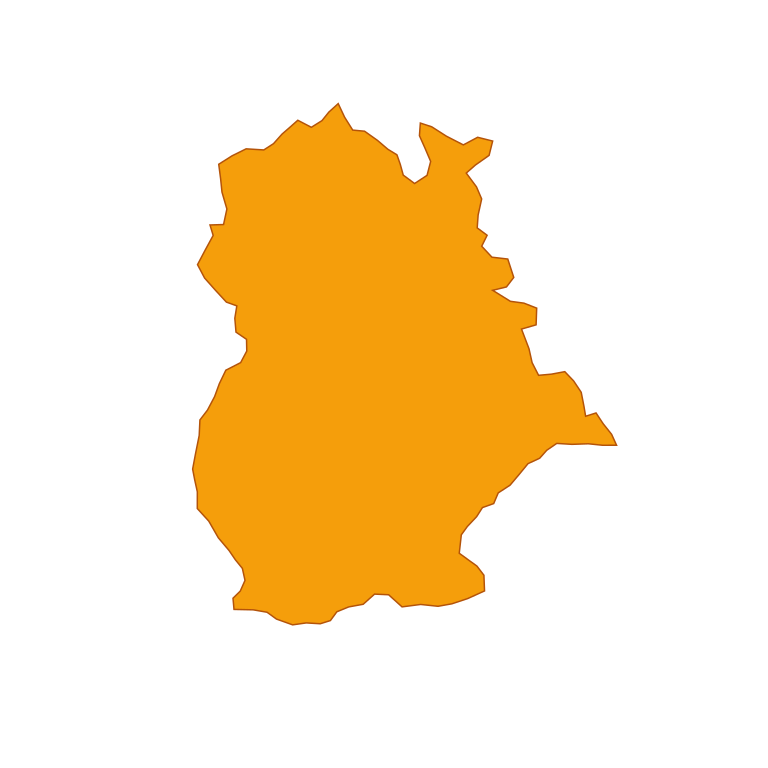 Paraí, Rio Grande do Sul, Brazil, rotated 113°
{"feature_id": "56859067B73323453228912", "entity_name": "Paraí", "entity_type": "district", "adm_level": 2, "iso_a3": "BRA", "parent_name": "Brazil", "parent_adm1": "Rio Grande do Sul", "projection": "robinson", "projection_center": [-51.795, -28.595], "detail": "fine", "context": "isolated", "style": "filled", "palette": "amber", "viewbox_px": 768, "rotation_deg": 113, "n_neighbors": 0, "source": "geoboundaries", "source_scale": "gbopen_adm2", "svg_char_len": 1827}
<svg xmlns="http://www.w3.org/2000/svg" viewBox="0 0 768 768"><g transform="rotate(113 384 384)"><path d="M221.4,602.8L233.3,613.0L246.3,622.0L258.9,614.6L270.7,608.1L284.3,597.0L299.9,594.0L305.6,606.3L314.0,599.3L330.4,600.9L347.0,602.3L356.6,590.5L363.7,575.5L370.2,561.1L369.6,550.0L381.8,547.0L394.1,540.5L396.6,528.0L407.3,523.2L420.3,524.3L433.1,535.0L448.1,535.7L461.8,535.0L477.0,536.3L489.0,539.4L503.6,534.0L521.6,530.3L537.1,526.9L546.2,520.8L556.2,513.7L571.6,507.2L578.7,491.7L590.3,476.4L597.8,461.6L603.9,452.1L609.1,442.3L619.1,435.2L630.8,435.4L640.2,439.3L650.1,434.0L643.0,416.2L639.8,402.5L642.4,391.2L641.4,374.0L634.3,362.2L629.6,349.0L622.7,340.9L612.1,338.4L603.0,329.4L594.9,317.1L581.1,310.6L576.2,297.4L582.1,280.3L572.6,264.1L567.5,247.4L559.8,235.6L548.8,223.1L535.2,210.6L521.0,217.3L515.3,227.3L512.9,237.9L510.4,248.6L492.6,253.9L482.6,251.6L469.9,246.9L459.3,245.1L451.2,236.3L439.6,236.3L427.8,228.4L414.2,224.2L401.0,220.3L391.5,211.7L381.4,208.3L371.2,201.8L366.1,187.4L359.2,172.6L355.0,158.9L349.5,146.0L341.4,154.8L334.9,166.8L327.8,177.5L334.9,185.8L326.6,191.1L314.6,199.2L307.1,210.6L302.0,222.4L309.5,233.7L315.6,245.1L306.5,256.0L294.9,264.3L279.7,278.9L270.1,267.1L254.5,273.1L254.9,286.8L258.5,300.0L255.3,320.6L246.8,309.2L235.2,306.2L220.6,318.9L225.1,334.2L219.0,347.9L206.8,347.2L203.9,359.2L191.6,363.4L175.5,366.4L166.4,375.9L157.7,390.7L146.7,385.4L132.5,376.6L117.9,378.9L120.3,394.2L132.9,404.4L131.5,423.4L128.6,440.5L129.6,452.5L141.6,448.4L150.9,438.4L160.9,428.0L175.1,425.9L187.5,434.2L184.2,447.9L175.5,454.8L168.0,461.6L166.4,472.2L162.3,485.2L158.9,500.7L162.5,512.0L153.8,524.5L143.8,535.7L155.2,541.0L165.8,544.0L176.1,551.2L174.9,566.4L185.2,571.3L193.8,575.5L205.9,579.6L215.5,586.1L221.4,602.8Z" fill="#f59e0b" stroke="#b45309" stroke-width="1.5"/></g></svg>